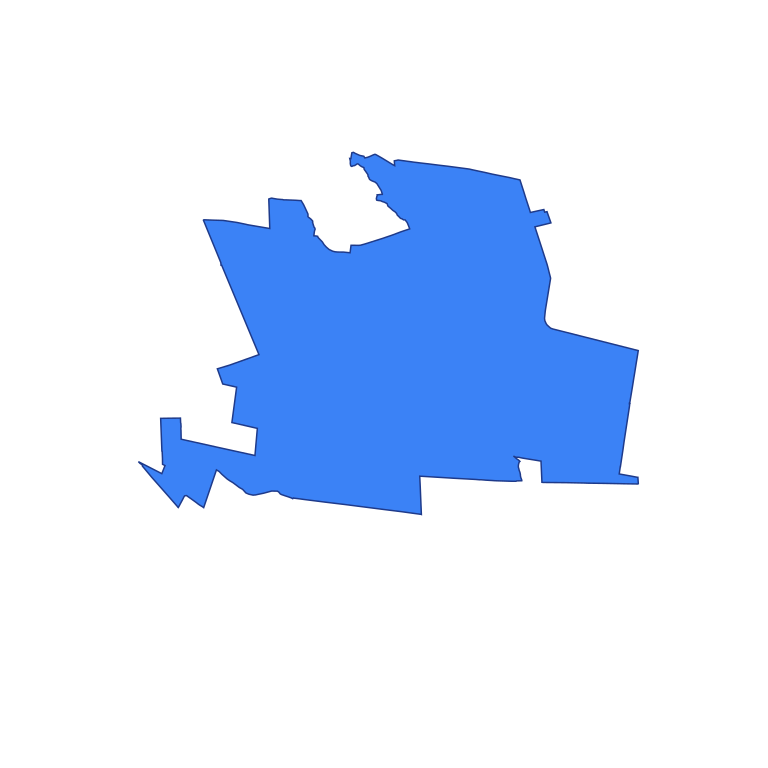 Sinesti, Ialomita, Romania, rotated 229°
{"feature_id": "2599482B7496910182319", "entity_name": "Sinesti", "entity_type": "district", "adm_level": 2, "iso_a3": "ROU", "parent_name": "Romania", "parent_adm1": "Ialomita", "projection": "natural_earth1", "projection_center": [26.424, 44.577], "detail": "fine", "context": "isolated", "style": "filled", "palette": "blue", "viewbox_px": 768, "rotation_deg": 229, "n_neighbors": 0, "source": "geoboundaries", "source_scale": "gbopen_adm2", "svg_char_len": 5463}
<svg xmlns="http://www.w3.org/2000/svg" viewBox="0 0 768 768"><g transform="rotate(229 384 384)"><path d="M599.2,418.4L576.3,399.8L593.6,385.6L594.9,384.7L602.4,379.0L613.0,369.9L615.2,367.5L619.8,362.5L626.1,355.8L626.1,355.2L617.6,352.3L591.5,343.5L582.7,340.5L580.5,338.9L580.1,339.4L488.2,308.9L499.5,280.0L504.8,268.2L489.8,262.3L478.3,270.7L454.7,243.9L433.6,259.3L414.7,239.7L445.0,217.2L475.4,194.7L482.1,200.3L483.5,201.3L484.9,202.8L487.5,204.8L488.2,205.1L491.8,208.0L498.2,200.5L504.6,192.9L479.0,172.3L478.7,172.4L473.3,168.1L468.7,164.2L466.1,165.2L462.1,157.5L474.3,152.6L486.5,147.7L484.1,147.8L482.7,148.2L481.0,148.4L480.5,147.8L465.8,147.5L440.5,147.7L437.7,147.7L436.7,147.7L431.9,147.7L429.9,147.7L428.1,147.7L426.5,147.7L426.0,147.6L425.7,147.7L426.0,148.4L426.1,148.7L426.5,149.9L426.9,150.8L427.3,151.9L429.0,156.4L429.9,158.6L430.3,159.8L430.4,160.1L430.3,160.3L430.2,160.5L430.0,160.8L429.7,161.2L429.3,161.8L428.4,162.0L427.1,162.3L424.3,163.0L420.1,164.0L417.4,164.6L415.7,164.9L414.5,165.2L413.0,165.6L410.7,166.4L409.0,166.8L429.1,201.2L426.1,202.2L422.2,202.4L415.3,203.3L412.2,204.1L408.5,205.3L400.9,206.9L397.2,208.2L392.4,208.3L389.5,209.7L386.0,212.3L385.3,213.3L384.6,214.2L383.3,216.6L380.6,221.4L376.9,229.0L373.1,233.2L371.7,233.7L369.1,233.6L367.8,234.1L366.1,235.1L364.5,236.0L361.7,237.7L359.0,239.2L358.6,239.4L357.3,239.9L357.4,240.8L357.2,240.9L353.2,244.5L349.2,248.0L340.7,255.6L338.7,257.4L334.2,261.4L322.7,271.8L319.3,274.9L308.4,284.6L289.9,301.1L276.2,313.4L265.8,322.5L261.5,326.3L261.0,326.6L282.5,343.8L291.0,350.5L269.7,372.2L267.7,374.2L251.9,390.5L249.2,393.1L248.1,394.4L247.6,394.9L244.5,397.9L240.6,401.9L238.4,404.1L236.8,405.8L226.7,416.7L224.0,419.8L223.8,420.6L220.6,424.5L221.0,424.9L222.1,425.3L223.7,425.9L224.2,426.2L225.0,426.6L226.3,427.6L227.2,428.1L228.1,428.6L230.2,429.4L231.3,430.0L233.2,430.9L234.2,431.8L235.1,432.8L236.4,434.8L236.4,435.8L237.1,435.8L238.6,435.6L240.7,435.0L242.8,434.8L244.7,434.4L242.2,435.5L240.8,437.1L240.7,437.3L237.9,439.4L236.5,440.5L229.2,446.6L222.8,451.9L206.2,438.7L205.3,439.5L197.6,448.2L189.9,456.9L177.5,470.6L175.7,472.5L164.8,484.7L153.6,497.1L151.5,499.4L141.9,510.1L142.0,510.6L146.9,514.3L147.0,514.4L147.5,513.9L152.1,510.3L161.8,502.5L166.7,508.2L166.6,508.3L177.6,521.2L183.1,527.5L205.5,553.9L207.1,555.7L207.8,556.4L208.0,556.3L208.1,556.2L208.7,556.9L208.4,557.1L208.6,557.2L218.6,569.3L224.9,576.8L226.2,578.4L229.2,582.0L234.4,588.2L237.2,591.6L240.8,595.9L242.4,597.8L291.2,563.9L309.9,550.9L314.8,547.5L316.8,546.4L318.1,546.2L319.7,546.0L321.7,545.8L323.2,546.0L326.2,546.9L328.2,548.2L329.9,550.0L333.1,553.4L334.9,555.5L340.7,562.5L353.9,578.4L354.5,579.1L355.0,579.4L356.6,580.2L359.4,581.6L363.9,583.9L365.7,584.8L367.6,585.7L375.4,589.0L383.1,592.3L403.6,601.0L396.6,614.6L396.1,615.7L399.6,617.1L406.2,619.7L407.1,620.1L408.3,618.0L410.8,619.1L413.5,614.2L417.2,607.4L417.4,607.0L419.6,608.0L424.3,610.0L431.2,612.9L437.1,615.5L448.8,620.5L451.8,618.3L453.1,617.3L457.4,614.2L462.3,610.4L467.2,606.6L471.5,603.3L477.4,599.0L483.2,594.6L487.6,591.3L490.1,589.5L492.4,587.5L495.9,584.4L501.1,579.8L506.4,575.1L509.7,572.1L513.0,569.1L516.8,565.7L520.6,562.3L523.0,560.1L525.3,558.0L526.5,556.9L527.6,555.9L529.3,554.4L531.8,552.1L534.7,549.6L536.6,547.9L537.4,547.2L538.8,546.0L542.2,543.0L543.8,541.6L544.5,540.2L545.6,538.4L545.7,538.2L544.1,537.0L541.8,535.3L543.0,534.8L543.6,534.6L545.1,534.1L550.8,532.3L555.5,530.8L559.3,529.5L562.6,528.3L563.1,528.0L563.4,527.7L564.0,526.1L564.2,525.4L564.7,523.7L565.2,522.1L565.9,520.3L565.9,520.2L566.5,519.2L567.1,518.0L567.3,517.8L568.2,518.0L569.1,518.2L572.4,515.7L577.1,513.5L578.1,513.2L579.0,512.8L579.6,511.4L575.8,506.8L576.7,506.1L574.4,504.9L572.4,503.1L571.5,502.6L571.0,502.3L570.5,502.1L570.3,502.1L569.7,502.2L569.3,502.5L569.0,503.7L568.1,505.2L567.8,507.3L567.7,508.2L567.3,508.7L566.3,509.0L564.6,509.2L562.8,509.7L560.5,510.8L559.3,510.0L558.6,509.8L557.1,509.7L552.6,509.2L551.2,508.2L550.2,508.1L549.3,507.8L548.6,507.5L547.7,507.4L545.9,507.9L543.8,508.9L542.3,509.7L539.9,510.1L531.8,508.8L529.8,507.9L528.4,507.4L528.2,507.1L529.0,506.2L530.5,504.0L531.3,502.9L530.6,502.4L530.3,501.9L530.1,501.4L529.4,500.5L528.9,499.8L527.6,499.1L526.4,499.9L525.5,500.8L524.6,501.5L524.3,501.8L523.2,502.2L522.3,502.7L521.2,503.4L519.9,504.0L519.7,504.0L518.2,504.7L516.2,503.9L515.6,503.7L512.7,504.2L509.2,504.6L506.6,505.3L504.5,505.4L502.6,504.8L501.1,505.0L498.7,505.1L497.6,505.4L496.8,506.0L495.1,506.4L494.0,507.6L490.6,507.4L488.2,506.6L484.2,505.2L484.3,504.9L486.7,499.2L487.8,496.5L491.1,487.6L493.4,482.0L494.8,478.5L499.2,468.4L500.9,464.4L502.6,460.6L502.7,460.4L503.1,459.6L503.4,459.0L504.0,457.6L505.1,456.0L507.7,453.1L510.3,450.1L505.3,444.5L510.2,439.9L511.4,438.5L514.0,435.6L515.9,433.8L517.9,432.4L519.5,431.7L521.6,430.8L525.1,430.3L528.2,430.2L528.5,430.2L531.6,430.7L535.6,430.5L537.2,430.4L538.7,430.6L539.0,430.8L540.1,430.0L541.2,428.9L541.9,428.3L544.2,430.9L544.8,431.6L545.5,432.6L545.9,433.4L546.3,433.7L547.0,434.1L548.2,434.1L550.8,435.2L553.0,436.2L553.0,436.5L553.9,437.1L556.6,437.0L559.5,436.4L560.5,436.5L561.3,437.5L562.4,438.2L567.9,439.8L572.2,441.0L576.8,441.8L577.6,440.9L580.6,437.9L587.1,431.0L588.8,429.1L590.1,428.2L590.7,427.5L593.6,424.7L597.4,421.6L597.6,421.5L598.1,421.0L598.2,420.8L598.4,420.4L598.6,420.0L598.8,419.5L599.0,418.9L599.1,418.7L599.2,418.4Z" fill="#3b82f6" stroke="#1e3a8a" stroke-width="1.5"/></g></svg>